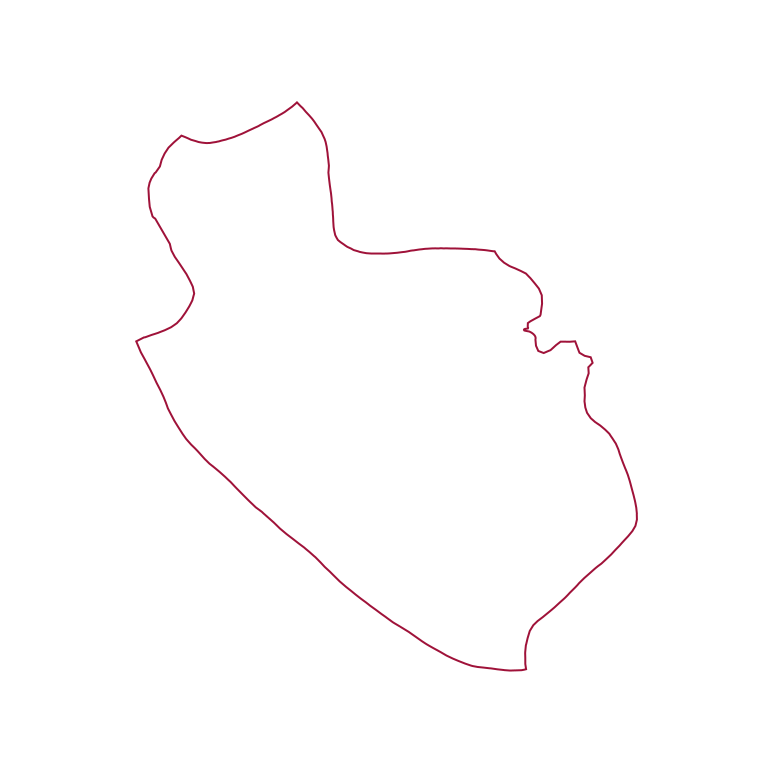 Ad Dulay'ah, Hadramawt, Yemen (Albers equal-area conic projection), rotated 16°
{"feature_id": "15242507B8260286715328", "entity_name": "Ad Dulay'ah", "entity_type": "district", "adm_level": 2, "iso_a3": "YEM", "parent_name": "Yemen", "parent_adm1": "Hadramawt", "projection": "albers", "projection_center": [47.896, 15.014], "detail": "fine", "context": "isolated", "style": "outline", "palette": "rose", "viewbox_px": 768, "rotation_deg": 16, "n_neighbors": 0, "source": "geoboundaries", "source_scale": "gbopen_adm2", "svg_char_len": 5925}
<svg xmlns="http://www.w3.org/2000/svg" viewBox="0 0 768 768"><g transform="rotate(16 384 384)"><path d="M453.7,225.9L452.3,226.3L450.9,226.5L449.5,226.7L446.5,227.1L445.2,227.3L443.4,227.6L440.4,228.2L440.0,228.3L437.6,228.8L434.4,229.3L433.4,229.6L430.7,230.3L427.1,231.1L423.5,232.0L420.2,232.8L417.0,233.6L415.5,234.0L413.6,234.5L410.1,235.5L406.9,236.3L405.8,236.6L404.1,237.2L401.7,237.7L401.3,237.8L398.6,238.8L398.1,238.9L395.8,239.5L392.6,240.5L390.9,241.1L388.7,241.9L386.1,242.8L383.3,244.0L380.8,245.0L378.2,246.2L375.6,247.4L375.0,247.6L372.9,248.5L370.3,249.9L367.9,251.1L365.4,252.1L361.0,254.0L360.8,254.1L356.3,255.8L353.7,256.8L351.1,257.7L347.2,258.9L343.4,259.9L339.6,261.0L336.5,261.9L335.3,262.2L331.1,263.1L327.2,263.5L325.8,263.6L324.2,263.7L322.5,263.6L320.6,263.6L318.0,263.6L317.1,263.4L315.0,262.9L311.0,262.3L308.8,261.6L306.6,260.8L304.2,260.0L302.8,259.5L300.0,258.3L298.0,256.4L296.5,254.8L296.0,254.2L294.2,250.9L293.6,249.8L292.3,247.0L290.3,241.4L289.6,239.2L288.8,236.9L288.2,235.4L287.3,232.6L286.6,230.9L285.5,227.9L284.5,225.3L283.4,222.8L282.4,220.0L280.5,215.3L279.3,212.7L277.2,208.0L275.2,203.3L274.7,202.1L274.2,200.9L272.6,196.9L272.3,196.2L271.4,191.7L271.0,189.9L270.8,189.1L270.5,188.4L269.8,186.7L268.8,184.2L268.6,183.7L267.7,181.6L267.0,180.0L266.5,178.7L266.1,177.6L265.5,176.3L263.4,171.6L261.2,167.5L259.3,164.7L257.3,162.4L254.5,159.1L251.3,156.5L248.5,154.2L248.0,153.8L244.8,151.1L243.5,150.1L241.6,148.7L238.0,146.4L233.8,143.9L229.8,141.2L227.0,139.8L222.7,137.3L222.0,138.5L219.1,142.9L218.6,143.5L215.6,147.3L213.6,149.9L211.2,152.5L209.2,154.5L208.1,155.7L206.2,157.6L205.4,158.3L204.7,159.0L203.2,160.5L202.2,161.4L199.5,163.8L196.3,166.6L195.4,167.5L193.6,169.2L192.5,170.4L191.4,171.4L188.2,174.1L187.9,174.4L184.4,177.4L180.6,180.8L179.3,181.9L178.5,182.6L175.1,185.2L173.1,186.8L172.4,187.4L169.4,189.5L167.1,190.9L164.5,192.7L161.6,194.3L160.1,195.2L158.4,196.3L156.6,197.2L155.8,197.7L152.9,199.0L150.6,200.1L149.9,200.4L147.4,201.2L146.7,201.4L144.0,201.9L142.8,202.1L142.1,202.2L139.0,202.5L136.0,202.4L134.2,202.4L133.0,202.4L131.1,202.4L128.1,201.9L125.1,201.5L122.1,201.2L120.8,201.1L119.2,203.9L117.0,207.2L115.4,209.7L111.7,216.2L109.6,222.9L108.5,229.7L108.6,236.1L108.6,236.7L107.9,238.7L106.2,243.6L105.4,244.6L103.7,250.7L103.2,255.1L103.6,260.9L107.1,270.9L110.0,278.3L115.3,286.7L116.6,287.5L118.5,288.1L139.5,308.3L141.7,312.3L142.9,314.3L147.8,319.4L153.2,323.8L158.4,328.2L159.9,329.5L163.8,332.8L168.8,338.0L170.7,340.1L173.4,343.2L176.6,349.4L176.6,351.6L176.7,356.4L176.2,359.2L175.4,363.1L173.5,369.9L171.2,376.5L170.5,378.0L168.1,382.7L163.7,388.1L158.5,392.7L154.0,396.1L153.0,396.9L152.9,397.0L149.8,399.1L147.2,400.8L142.4,404.3L141.4,405.0L140.4,405.4L134.1,411.3L141.6,420.6L142.9,421.9L145.5,424.5L146.8,425.8L149.5,428.6L154.3,433.5L155.9,435.2L159.6,439.3L164.9,445.4L170.5,451.3L175.4,456.9L176.5,458.3L179.4,462.0L181.5,464.9L182.9,466.9L184.2,468.3L187.5,471.8L192.6,477.1L194.0,478.4L198.2,482.2L203.5,486.9L204.3,487.6L208.9,491.3L210.9,492.6L215.3,495.4L219.4,497.6L220.3,498.1L223.4,499.9L225.8,501.4L232.0,505.3L232.5,505.6L238.2,508.7L243.6,510.9L249.5,513.5L250.8,514.1L256.8,517.0L260.4,518.9L263.6,520.5L268.6,523.5L271.7,525.3L279.7,529.8L284.7,532.6L287.3,534.0L294.7,537.9L301.9,540.6L303.6,541.5L308.4,543.8L316.2,547.5L323.8,551.6L331.4,555.0L333.4,555.8L338.8,557.9L346.0,560.8L351.3,562.8L352.6,563.3L353.8,563.9L358.6,566.0L364.2,568.7L365.8,569.4L372.7,573.3L377.5,576.2L381.1,578.0L383.7,579.3L387.1,581.2L389.3,582.4L395.7,585.9L403.5,589.5L409.1,591.8L414.9,594.3L420.6,596.6L424.9,598.2L426.3,598.7L429.8,600.1L431.4,600.8L438.4,603.3L445.0,605.8L449.6,607.4L451.4,608.1L458.2,610.6L460.0,611.1L464.6,612.3L470.8,614.0L476.2,615.5L480.2,616.9L483.4,618.0L490.0,620.3L491.1,620.7L494.6,621.8L496.6,622.4L499.7,623.2L504.3,624.3L510.1,625.6L512.3,626.1L518.9,627.8L526.1,629.0L531.9,629.7L539.1,630.4L545.3,630.7L546.0,630.7L546.8,630.7L552.0,630.2L558.2,629.1L563.7,628.2L565.1,627.9L571.7,627.0L578.1,625.9L578.4,625.9L584.2,624.7L587.9,623.5L589.5,623.0L595.1,621.2L597.5,620.0L599.2,619.0L597.0,614.2L595.3,608.3L593.9,603.9L593.6,602.6L592.4,596.1L592.4,594.7L592.1,588.7L592.2,581.2L592.7,579.4L594.0,574.7L596.2,570.9L597.0,569.5L600.9,564.3L602.7,561.7L605.6,557.5L607.7,554.4L609.5,551.7L613.2,545.6L616.3,540.7L617.3,539.0L618.8,536.2L620.2,533.4L623.9,526.8L625.3,524.1L626.4,521.7L629.9,515.5L634.0,509.1L636.9,504.5L638.2,502.5L639.9,500.1L642.5,496.7L645.9,491.1L649.4,485.2L652.1,479.8L655.0,474.4L656.4,471.4L657.5,469.2L658.3,467.6L660.6,463.1L662.7,458.3L663.3,456.9L664.8,451.1L664.5,444.6L662.9,439.5L662.8,438.9L660.6,433.4L658.2,428.6L657.3,426.9L654.2,421.5L654.0,421.2L650.2,414.9L648.6,412.2L646.9,409.4L644.2,405.3L643.4,404.1L640.9,400.8L639.8,399.4L639.2,398.7L635.5,393.9L632.1,389.3L631.1,387.9L629.8,386.1L627.4,382.4L625.7,380.3L623.2,377.3L622.0,376.3L618.9,373.6L616.0,371.2L614.3,369.7L609.5,367.1L608.9,366.8L603.3,364.3L597.5,362.4L592.2,359.9L587.2,355.8L586.9,355.4L584.0,351.1L582.4,347.4L581.5,345.4L580.2,339.6L578.5,334.5L577.7,332.2L577.5,323.8L577.8,317.3L575.8,311.6L578.7,306.2L577.7,304.7L575.3,301.3L569.1,301.6L566.8,301.0L563.3,300.1L562.2,298.7L559.9,295.6L556.0,290.3L550.6,292.3L550.1,292.4L542.1,294.6L538.8,299.0L534.7,305.6L532.9,307.0L529.0,310.2L527.5,310.1L523.2,309.7L519.8,305.6L519.6,305.4L518.5,302.6L517.3,299.5L517.1,298.0L516.3,296.6L515.3,295.7L513.8,294.8L511.7,294.0L509.3,293.5L506.1,293.8L504.2,293.9L503.6,293.4L503.6,292.9L504.3,292.2L507.0,291.0L507.0,290.2L506.4,289.4L505.5,285.8L507.4,283.4L511.5,279.3L514.2,276.7L515.1,275.8L515.4,274.3L513.8,263.2L511.2,255.2L506.6,249.6L501.3,245.8L499.1,244.3L495.4,241.8L493.6,240.8L490.0,238.7L484.2,237.6L482.8,237.4L478.2,236.7L474.2,236.3L472.0,236.0L466.0,234.3L460.8,231.8L460.4,231.6L456.0,228.1L453.8,225.9L453.7,225.9Z" fill="none" stroke="#9f1239" stroke-width="2"/></g></svg>